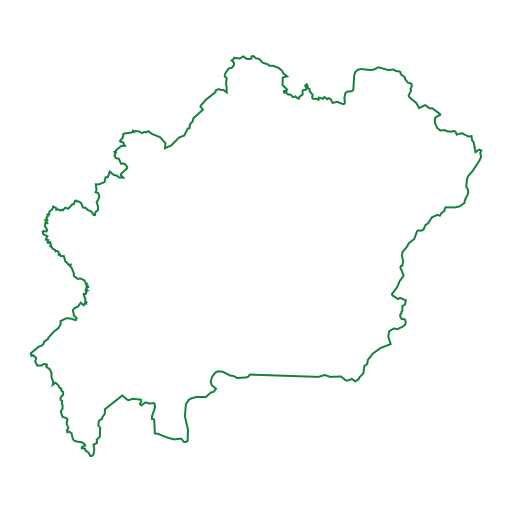 outline of Natagaima, Tolima, Colombia
{"feature_id": "7082276B16857235626689", "entity_name": "Natagaima", "entity_type": "district", "adm_level": 2, "iso_a3": "COL", "parent_name": "Colombia", "parent_adm1": "Tolima", "projection": "orthographic", "projection_center": [-75.144, 3.531], "detail": "fine", "context": "isolated", "style": "outline", "palette": "green", "viewbox_px": 512, "rotation_deg": 0, "n_neighbors": 0, "source": "geoboundaries", "source_scale": "gbopen_adm2", "svg_char_len": 5843}
<svg xmlns="http://www.w3.org/2000/svg" viewBox="0 0 512 512"><path d="M187.6,441.0L188.0,429.9L184.9,416.4L185.9,404.2L188.7,399.9L191.5,398.3L196.6,396.9L205.8,397.1L211.1,392.3L213.2,392.1L215.3,389.9L215.9,388.6L211.8,385.2L210.7,381.6L212.0,376.9L215.5,372.4L218.3,371.3L222.9,371.8L230.2,375.6L233.6,376.0L237.3,378.0L246.7,377.4L248.6,376.4L249.7,374.6L318.4,376.9L324.8,375.0L330.2,376.9L340.9,376.5L345.8,380.4L347.6,380.6L351.9,378.9L355.3,381.4L359.0,378.8L359.3,377.5L363.3,373.4L364.3,366.1L367.3,363.8L367.8,360.0L372.9,353.5L380.6,348.0L390.6,344.1L388.3,336.3L389.2,331.2L393.9,328.5L397.2,329.2L403.0,326.5L405.2,324.6L405.8,322.3L405.3,320.1L404.2,319.1L401.7,319.1L400.2,316.5L400.3,314.5L401.4,313.5L401.4,311.8L402.4,310.6L402.3,306.2L405.0,304.6L405.8,300.4L400.0,297.8L398.3,299.1L392.5,295.5L391.9,294.1L397.1,287.2L399.8,280.8L403.3,276.3L403.4,274.9L400.3,267.4L401.1,265.8L402.3,265.6L403.2,261.5L401.9,255.5L402.7,251.7L406.4,247.6L408.8,243.3L414.3,238.9L416.9,231.6L417.9,230.5L421.8,230.6L423.5,229.6L425.4,225.1L428.2,223.2L431.8,217.4L437.3,214.9L439.9,215.7L441.6,212.8L444.4,210.9L444.8,208.3L445.7,207.4L454.8,207.4L459.6,206.4L464.4,203.0L465.0,199.9L468.2,193.3L467.9,189.4L466.2,186.9L467.0,179.0L468.2,176.1L472.6,171.0L479.4,160.6L481.1,157.0L480.3,153.0L481.3,150.5L479.1,149.6L475.5,152.2L473.7,142.4L472.0,140.1L471.5,136.1L468.5,136.5L461.8,133.2L456.7,134.6L455.7,132.0L454.5,131.0L450.9,131.7L446.7,131.2L445.0,130.1L440.2,130.5L437.1,127.8L435.0,122.9L434.9,119.1L435.5,117.4L440.1,114.9L440.1,114.2L432.3,108.2L430.0,108.5L425.1,105.1L419.1,108.1L416.4,103.1L409.6,97.4L408.6,95.4L411.1,90.7L410.5,89.4L411.9,85.6L411.4,83.7L407.7,82.5L405.2,79.3L404.9,77.4L400.7,74.2L400.5,72.2L399.6,71.5L395.9,71.0L393.1,69.4L388.6,70.2L378.5,67.3L373.6,69.7L369.5,70.0L361.4,69.0L357.5,69.8L355.1,72.4L354.2,75.6L353.3,89.9L352.0,91.1L347.1,91.7L345.4,93.0L344.4,98.0L344.9,102.6L344.4,103.7L343.1,104.1L337.1,101.8L332.6,102.9L330.5,98.9L328.5,98.2L327.2,99.2L324.8,97.2L323.9,97.3L323.2,98.8L318.8,97.6L318.5,99.8L316.8,98.8L313.1,98.8L312.2,97.7L312.6,94.7L309.6,91.1L309.6,89.0L307.8,88.0L307.4,85.1L306.5,84.3L305.2,85.6L306.5,88.2L306.3,89.3L305.4,90.0L303.4,89.9L302.6,90.8L302.6,94.6L299.3,96.7L299.2,98.5L297.7,98.5L295.2,96.3L293.1,97.3L290.5,94.5L288.4,94.6L286.5,92.9L283.9,92.4L284.1,90.8L286.5,90.9L287.1,89.5L282.5,85.1L282.8,77.5L287.1,76.3L283.4,73.4L282.0,70.7L279.0,68.1L273.2,65.8L269.3,65.8L268.4,64.6L262.5,62.6L259.2,58.9L255.9,58.3L253.2,55.9L251.6,56.5L251.5,58.5L249.9,59.0L246.8,59.0L243.4,56.4L239.7,58.5L234.2,57.8L233.9,58.9L231.6,60.4L233.9,62.6L233.9,65.4L231.8,67.8L228.7,68.5L225.7,72.7L224.7,75.5L224.9,76.6L226.7,78.0L225.9,84.4L226.5,85.8L226.7,92.4L223.2,89.8L221.7,90.1L218.8,89.1L216.0,90.1L215.4,92.2L206.0,99.7L200.7,105.7L200.4,106.5L202.9,109.7L193.4,118.2L192.7,121.3L189.9,124.5L189.5,128.3L187.8,128.5L184.1,135.7L179.2,137.4L171.2,145.5L165.0,148.2L165.5,143.2L160.2,137.3L151.9,133.9L148.3,131.2L146.1,132.4L144.5,132.0L141.9,133.0L138.7,131.4L135.4,131.0L134.2,132.1L133.0,130.7L132.2,132.4L123.5,133.7L122.7,137.8L120.0,141.0L120.4,141.7L123.1,142.4L124.9,145.9L121.5,145.8L116.9,149.4L115.8,150.6L116.0,152.0L114.5,152.0L115.4,154.3L114.4,155.4L115.9,158.2L118.8,158.7L121.1,163.8L124.3,163.5L127.2,166.9L127.1,168.3L121.1,173.8L121.0,175.3L123.2,177.6L118.8,177.5L117.0,175.7L113.7,174.9L109.8,171.6L107.8,177.1L105.6,177.3L104.6,182.0L99.2,184.3L95.8,184.3L96.5,190.2L95.6,192.3L98.2,193.1L99.3,196.3L98.2,199.8L96.6,202.0L98.2,207.1L98.0,210.0L95.3,212.4L94.9,215.1L93.7,215.0L91.1,211.3L87.9,210.1L85.6,207.9L83.0,207.6L81.0,202.9L78.6,201.4L77.0,201.5L76.0,200.5L74.9,201.0L73.8,204.2L72.2,204.3L68.4,208.7L65.2,207.7L62.9,210.3L61.9,209.7L60.3,210.5L58.0,209.3L56.3,209.8L56.4,208.3L53.3,206.5L52.3,209.2L49.4,211.6L49.2,214.1L47.4,214.6L48.3,215.7L46.4,217.6L47.3,220.3L45.4,220.2L47.1,223.1L45.3,223.1L45.0,226.3L47.3,230.2L46.1,231.6L43.5,231.0L42.6,231.9L43.4,234.3L47.4,236.2L45.8,239.7L48.3,240.1L47.5,242.2L48.0,242.9L49.9,242.2L49.6,243.1L51.2,244.5L50.2,246.3L51.8,247.0L52.7,248.8L54.9,249.8L55.7,251.5L57.1,251.0L58.7,252.2L58.8,254.9L59.9,254.4L60.8,256.1L63.9,256.1L65.4,261.6L67.3,262.8L68.4,264.7L70.7,264.6L70.0,266.0L71.8,268.2L73.7,272.9L73.9,276.0L77.5,278.8L81.0,278.6L84.4,280.4L86.1,284.3L86.6,284.0L86.5,284.7L87.7,285.5L86.8,286.5L87.9,287.2L86.3,288.1L86.7,289.3L85.6,290.0L86.1,291.0L87.0,291.0L86.0,291.8L86.2,293.2L85.5,294.1L83.9,293.7L83.6,294.6L85.3,298.6L85.2,301.0L86.4,302.3L85.5,302.8L85.9,303.6L84.9,303.5L83.7,305.3L80.7,302.7L78.1,306.4L74.5,308.2L72.8,310.3L74.1,315.8L76.7,318.1L75.7,320.2L71.4,318.7L66.5,318.2L60.5,321.1L60.7,324.0L58.6,328.0L54.0,331.5L48.4,337.7L48.1,338.9L44.1,341.7L43.5,343.9L42.1,345.4L38.3,347.0L30.7,353.4L31.5,355.9L33.1,355.1L36.2,358.1L35.2,361.5L37.2,365.5L41.3,365.5L44.2,364.0L46.9,364.6L46.3,366.7L50.0,369.5L51.4,372.9L51.6,377.7L53.3,382.0L52.7,384.8L55.3,382.8L56.0,383.1L58.5,385.5L59.3,387.3L61.2,388.5L61.2,390.5L63.0,391.8L63.2,394.9L61.1,396.7L60.4,398.9L60.6,400.0L62.2,401.1L61.8,403.5L62.6,405.4L62.5,408.7L60.8,411.5L62.4,416.7L67.0,418.5L67.5,419.3L66.6,423.9L68.5,427.9L66.9,430.1L67.4,432.3L69.2,431.6L71.5,433.2L72.8,438.8L74.0,440.5L77.0,441.7L81.1,442.0L83.7,443.4L85.2,445.4L81.8,447.1L81.8,448.2L85.1,448.7L85.6,450.7L88.3,452.3L90.3,456.0L91.7,456.1L93.5,454.4L94.3,448.9L93.4,444.8L97.0,443.0L96.7,439.7L99.9,436.7L100.1,428.0L98.3,425.2L99.0,420.6L102.1,418.9L102.4,417.1L104.7,414.1L105.0,409.2L122.3,395.5L127.5,399.9L129.0,400.1L132.5,398.8L140.8,399.6L141.4,401.2L139.9,403.9L141.2,405.4L145.5,402.4L149.7,403.6L153.7,403.1L154.5,403.7L155.1,407.1L152.0,416.4L151.9,418.9L153.6,419.1L154.3,420.2L154.8,433.4L157.5,433.7L167.9,437.8L174.1,439.4L181.2,438.6L183.7,441.7L185.0,442.2L187.6,441.0Z" fill="none" stroke="#15803d" stroke-width="2"/></svg>